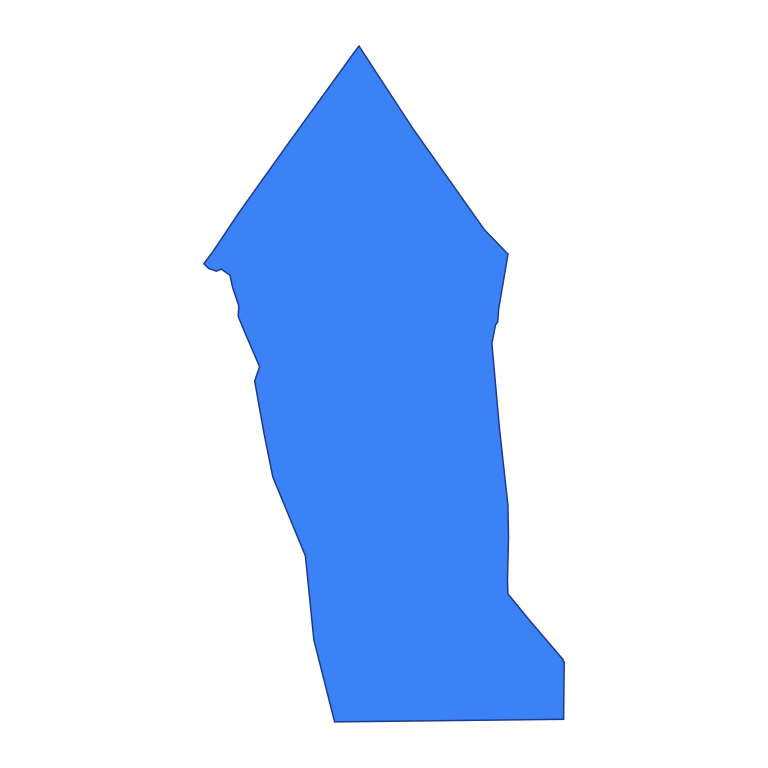 Timbedgha, Hodh ech Chargui, Mauritania
{"feature_id": "47542326B26087332325113", "entity_name": "Timbedgha", "entity_type": "district", "adm_level": 2, "iso_a3": "MRT", "parent_name": "Mauritania", "parent_adm1": "Hodh ech Chargui", "projection": "equal_earth", "projection_center": [-8.178, 16.265], "detail": "fine", "context": "isolated", "style": "filled", "palette": "blue", "viewbox_px": 768, "rotation_deg": 0, "n_neighbors": 0, "source": "geoboundaries", "source_scale": "gbopen_adm2", "svg_char_len": 682}
<svg xmlns="http://www.w3.org/2000/svg" viewBox="0 0 768 768"><path d="M507.9,593.8L507.5,579.7L508.5,537.7L507.9,504.8L499.5,428.9L491.9,343.5L495.5,325.0L497.7,321.9L498.7,308.9L499.6,303.5L508.0,254.1L508.0,253.9L507.5,253.6L484.3,229.6L483.9,229.0L412.5,128.0L359.0,46.1L356.3,49.5L289.3,142.0L238.6,213.1L212.9,251.6L203.8,263.7L208.7,268.5L216.4,271.2L221.3,269.1L230.0,275.3L232.7,287.8L238.8,305.8L238.2,316.2L242.6,327.2L259.6,366.7L255.6,378.3L254.7,381.2L264.1,433.9L272.8,476.9L305.4,555.9L313.8,639.6L334.6,721.9L563.0,719.3L563.6,719.3L564.2,662.1L563.1,660.8L563.1,659.6L529.5,620.3L507.9,593.8L507.9,593.8Z" fill="#3b82f6" stroke="#1e3a8a" stroke-width="1.5"/></svg>